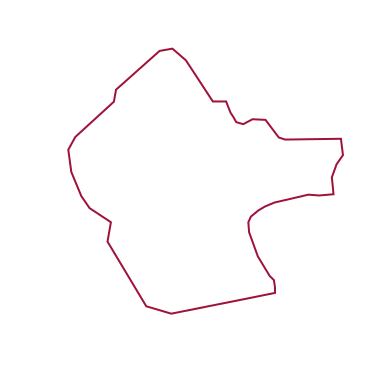 the border of Cerknica, rotated 24°
{"feature_id": "SVN-943", "entity_name": "Cerknica", "entity_type": "Municipality", "adm_level": 1, "iso_a3": "SVN", "parent_name": "Slovenia", "parent_adm1": "", "projection": "natural_earth1", "projection_center": [14.404, 45.799], "detail": "fine", "context": "isolated", "style": "outline", "palette": "rose", "viewbox_px": 384, "rotation_deg": 24, "n_neighbors": 0, "source": "natural_earth", "source_scale": "10m", "svg_char_len": 680}
<svg xmlns="http://www.w3.org/2000/svg" viewBox="0 0 384 384"><g transform="rotate(24 192 192)"><path d="M249.1,106.9L255.8,106.2L306.4,82.8L314.9,96.9L312.8,107.9L313.8,121.7L322.2,136.5L309.5,143.5L299.4,147.1L271.6,168.1L264.7,175.4L260.1,181.9L255.8,190.5L255.8,196.8L260.5,205.5L278.3,224.0L297.1,237.1L302.7,239.2L306.5,245.2L308.9,250.4L294.0,261.0L222.5,311.6L196.7,315.0L135.0,271.7L130.2,252.6L105.0,248.4L92.6,240.8L73.6,222.8L61.8,203.7L63.0,189.2L83.9,141.3L81.0,129.4L105.0,76.3L115.8,69.0L132.9,74.2L174.2,100.8L186.3,95.4L195.1,104.0L199.5,106.8L204.0,110.2L211.2,109.2L217.7,100.9L229.8,96.2L249.1,106.9Z" fill="none" stroke="#9f1239" stroke-width="2"/></g></svg>